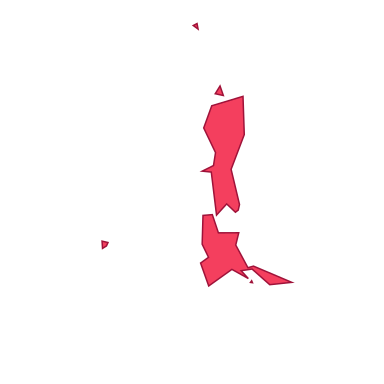 New Zealand, Mercator projection, rotated 143°
{"feature_id": "NZL", "entity_name": "New Zealand", "entity_type": "country or territory", "adm_level": 0, "iso_a3": "NZL", "parent_name": "Oceania", "parent_adm1": "", "projection": "mercator", "projection_center": [173.207, -30.558], "detail": "coarse", "context": "isolated", "style": "filled", "palette": "rose", "viewbox_px": 384, "rotation_deg": 143, "n_neighbors": 0, "source": "natural_earth", "source_scale": "50m", "svg_char_len": 759}
<svg xmlns="http://www.w3.org/2000/svg" viewBox="0 0 384 384"><g transform="rotate(143 192 192)"><path d="M171.5,161.6L186.3,158.8L164.6,196.3L171.3,202.5L158.9,200.2L149.5,209.3L144.1,236.1L124.3,249.0L93.7,237.7L115.7,206.4L147.1,186.6L161.6,153.4L166.0,149.7L169.5,149.7L171.5,161.6ZM166.7,59.8L185.7,71.2L190.4,94.3L200.1,99.6L199.1,89.0L206.7,106.2L235.2,106.9L227.9,130.1L218.1,129.9L215.3,144.2L197.3,166.7L189.4,161.7L195.5,143.5L179.2,131.3L189.0,123.3L192.9,97.9L187.5,95.8L166.7,59.8ZM108.9,250.2L114.3,256.5L105.8,259.8L108.9,250.2ZM297.4,200.8L293.4,206.9L289.5,202.2L292.8,200.4L297.4,200.8ZM89.1,318.5L90.8,324.2L86.6,323.5L89.1,318.5ZM199.7,84.6L197.8,85.2L198.3,83.2L199.7,84.6Z" fill="#f43f5e" stroke="#9f1239" stroke-width="1.5"/></g></svg>